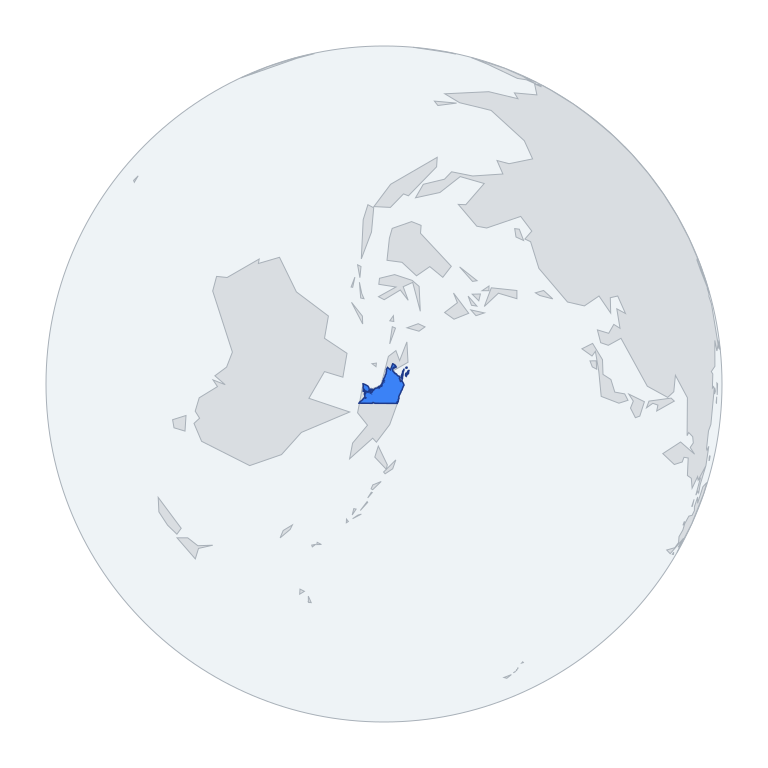 globe centered on Papua, rotated 90°
{"feature_id": "IDN-558", "entity_name": "Papua", "entity_type": "Province", "adm_level": 1, "iso_a3": "IDN", "parent_name": "Indonesia", "parent_adm1": "", "projection": "orthographic", "projection_center": [137.674, -4.867], "detail": "fine", "context": "on_globe", "style": "filled", "palette": "blue", "viewbox_px": 768, "rotation_deg": 90, "n_neighbors": 0, "source": "natural_earth", "source_scale": "10m", "svg_char_len": 11883}
<svg xmlns="http://www.w3.org/2000/svg" viewBox="0 0 768 768"><g transform="rotate(90 384 384)"><circle cx="384" cy="384" r="338" fill="#eef3f6" stroke="#a8b0b8"/><path d="M602.6,456.8L602.5,459.3L602.1,459.6L602.6,456.8ZM552.4,91.0L543.0,86.3L547.4,90.0L538.2,84.4L553.7,97.8L550.0,101.3L547.7,93.2L542.5,89.4L536.7,89.0L530.1,85.2L523.5,83.2L516.1,79.1L515.3,75.9L510.6,73.6L506.7,73.6L496.9,70.3L503.3,70.4L486.8,65.1L482.5,61.2L493.8,64.4L523.8,76.3L552.4,91.0ZM677.5,264.1L674.6,256.6L678.3,261.2L677.5,264.1ZM671.5,252.3L672.8,254.7L671.5,252.7L671.5,252.3ZM669.7,250.9L671.0,251.9L669.7,251.5L669.7,250.9ZM667.4,250.0L668.5,250.1L668.5,250.4L667.4,250.0ZM663.1,246.4L661.8,245.3L662.6,244.6L663.1,246.4ZM552.1,94.3L554.4,94.5L554.4,95.7L552.1,94.3ZM523.9,83.7L525.3,85.1L521.3,83.6L523.9,83.7ZM506.3,76.2L499.3,73.9L506.3,75.6L506.3,76.2ZM495.2,72.2L478.4,67.7L480.2,69.9L465.7,62.1L484.8,67.9L493.0,69.3L491.3,70.1L495.2,72.2ZM460.3,59.1L456.2,57.9L460.4,58.6L460.3,59.1ZM262.2,68.8L265.9,67.4L268.4,66.5L270.3,65.8L266.2,67.8L269.4,66.6L272.0,65.4L280.1,62.5L292.8,58.8L290.6,59.7L285.7,61.1L272.2,66.3L259.6,71.0L260.0,71.1L270.4,67.4L286.9,60.9L295.1,58.5L288.2,60.9L291.4,59.8L294.8,58.9L296.1,59.2L304.1,56.5L344.4,49.9L351.0,51.1L340.4,53.2L366.3,53.1L371.6,56.7L374.0,55.2L388.1,55.6L386.6,54.4L388.9,53.8L424.3,57.1L430.9,59.5L448.9,61.5L450.2,61.0L446.3,59.2L465.7,62.1L480.2,69.9L476.6,70.4L488.2,75.9L478.3,76.7L475.5,80.6L458.0,79.8L457.3,84.0L462.0,85.8L464.5,93.7L453.6,105.2L442.0,87.4L454.2,73.4L447.5,77.8L442.9,74.7L436.7,75.3L432.5,79.3L435.7,80.9L397.7,80.6L375.3,92.6L391.7,94.2L397.4,100.3L386.2,120.7L338.3,147.0L345.3,159.7L342.7,167.3L329.9,170.6L333.3,159.3L324.4,154.2L328.3,148.0L308.8,151.2L313.5,142.5L296.0,150.3L297.7,157.7L313.1,157.3L296.0,169.0L305.9,183.6L302.0,200.5L268.4,229.1L241.7,237.4L239.0,243.1L231.1,236.2L216.4,247.3L228.0,281.3L226.2,291.2L204.4,309.7L204.7,302.2L183.5,283.8L176.6,307.8L192.5,328.1L197.8,352.5L184.3,344.7L179.2,323.5L171.8,316.4L176.0,295.3L174.0,265.1L160.5,271.0L163.7,259.0L158.9,235.4L140.7,243.7L110.4,276.9L102.7,308.4L93.8,323.2L91.7,279.2L98.7,250.1L92.9,253.6L94.9,231.1L84.0,233.4L86.9,226.5L83.8,230.7L85.9,224.9L90.6,216.4L104.1,194.6L119.3,173.9L136.0,154.5L154.1,136.3L173.6,119.6L194.2,104.4L216.0,90.8L238.7,78.9L262.2,68.8ZM82.4,231.6L76.1,245.1L77.5,243.5L84.8,230.4L79.8,241.6L78.4,250.6L64.1,280.7L57.5,296.9L68.2,263.6L82.4,231.6ZM52.9,316.7L54.1,312.2L52.5,320.2L47.3,354.9L52.9,316.7ZM116.2,177.9L116.4,178.0L129.6,161.7L130.7,160.7L134.8,155.9L130.5,160.6L134.0,156.6L116.2,177.9ZM146.3,143.8L147.2,143.0L153.9,136.5L146.3,143.8ZM175.8,629.8L182.3,633.7L180.4,634.4L175.8,629.8ZM58.1,473.4L57.0,468.8L53.6,453.5L58.3,471.1L77.6,526.2L77.9,527.2L66.9,500.7L58.1,473.4ZM277.1,413.1L287.3,415.3L287.0,416.9L277.1,413.1ZM266.5,407.0L277.7,408.1L264.8,410.4L266.5,407.0ZM282.2,408.6L293.7,406.2L298.7,404.0L298.0,407.3L282.2,408.6ZM258.9,406.7L219.7,404.8L204.7,400.1L207.8,394.3L232.0,396.5L258.9,406.7ZM206.6,394.1L184.3,377.4L157.3,330.8L166.8,331.4L195.8,359.6L193.9,364.5L207.4,377.6L206.6,394.1ZM262.3,366.0L260.3,381.0L238.2,378.6L228.4,375.8L221.6,356.4L225.4,346.9L233.3,347.5L266.3,316.7L277.3,325.2L266.6,338.2L275.8,351.5L262.3,366.0ZM103.1,311.4L105.5,330.1L101.1,333.6L103.1,311.4ZM281.4,295.5L266.9,308.4L280.7,290.9L281.4,295.5ZM290.7,279.1L290.7,285.9L286.0,279.0L290.7,279.1ZM237.0,252.0L228.6,253.3L229.2,248.7L240.5,244.4L237.0,252.0ZM298.9,215.2L295.5,228.2L292.8,232.6L290.5,224.4L298.9,215.2ZM308.5,54.6L308.4,54.6L308.5,54.6ZM340.2,50.0L347.6,48.8L348.7,49.1L347.1,49.4L340.2,50.0ZM341.7,49.5L342.9,48.8L349.8,48.0L347.5,48.6L341.7,49.5ZM528.3,586.8L534.2,591.1L525.2,600.4L511.9,609.1L497.4,609.8L528.3,586.8ZM419.7,595.4L415.5,582.0L431.1,583.0L427.8,594.0L419.7,595.4ZM537.8,580.3L545.7,570.2L545.2,555.2L548.4,569.5L558.9,572.7L537.8,591.0L537.8,580.3ZM352.1,535.6L291.0,555.3L276.4,551.4L277.5,540.9L259.0,508.8L263.5,509.6L257.3,488.5L291.9,471.6L316.0,439.6L338.3,443.5L353.3,421.0L377.2,425.1L371.6,443.5L398.3,459.1L412.0,418.3L432.4,466.6L454.6,486.5L465.6,518.3L441.3,566.4L423.4,574.0L418.2,568.4L411.2,572.8L397.8,568.8L386.6,550.5L379.9,555.0L384.7,542.8L375.8,553.1L367.1,541.4L352.1,535.6ZM524.9,475.6L529.4,477.8L537.9,487.9L530.5,484.8L524.9,475.6ZM591.3,463.6L594.2,468.3L589.1,468.0L591.3,463.6ZM602.1,459.6L596.1,459.7L602.6,456.8L602.1,459.6ZM544.3,452.2L546.9,455.7L545.1,456.3L544.3,452.2ZM542.3,450.8L544.5,446.6L544.6,451.3L542.3,450.8ZM519.1,421.5L521.5,419.6L522.8,421.7L519.1,421.5ZM302.3,416.5L316.1,405.6L324.0,405.3L302.3,416.5ZM515.0,415.8L508.6,414.2L509.1,411.9L515.0,415.8ZM515.1,410.1L514.1,406.6L518.7,415.4L515.1,410.1ZM502.4,400.3L510.5,407.7L501.6,400.9L502.4,400.3ZM497.9,400.3L492.2,396.7L492.6,395.7L497.9,400.3ZM438.2,395.3L458.8,418.4L443.1,415.4L425.2,400.5L412.8,410.4L383.7,404.9L389.8,398.5L385.5,387.1L356.4,379.6L350.6,372.1L360.6,368.4L341.9,361.1L362.3,360.0L371.0,375.2L382.6,365.4L403.6,370.7L424.6,378.3L442.2,391.6L438.2,395.3ZM363.1,391.6L366.7,392.0L363.7,396.0L363.1,391.6ZM481.5,386.8L489.7,395.3L488.8,396.9L484.9,395.2L481.5,386.8ZM446.1,389.7L464.8,380.7L469.3,381.7L457.1,393.2L446.1,389.7ZM459.9,372.2L468.8,375.3L473.8,382.9L472.0,384.4L459.9,372.2ZM321.5,374.2L320.8,378.2L315.7,374.6L321.5,374.2ZM328.1,372.5L343.9,378.3L326.7,375.7L328.1,372.5ZM282.4,355.3L286.7,364.8L300.3,359.8L290.0,367.7L299.7,383.8L296.7,389.5L287.0,372.0L284.3,389.2L278.3,388.5L274.6,373.4L280.4,355.8L286.4,348.9L311.3,347.7L282.4,355.3ZM327.8,361.0L323.7,349.8L326.9,343.0L331.2,349.0L327.8,361.0ZM312.5,323.4L302.7,310.6L293.0,314.5L313.3,299.3L319.2,314.0L312.5,323.4ZM305.3,296.5L296.1,299.9L306.1,291.1L305.3,296.5ZM294.2,295.8L294.0,287.6L300.8,289.2L294.2,295.8ZM309.9,297.2L312.9,283.6L315.7,292.0L309.9,297.2ZM293.2,269.6L306.5,283.7L287.8,276.7L290.5,251.1L298.7,251.1L293.2,269.6ZM360.9,178.0L360.8,171.8L369.2,171.3L366.9,175.7L360.9,178.0ZM396.4,166.8L371.4,169.2L351.3,172.6L356.0,176.0L348.8,186.1L343.4,175.4L359.7,165.5L374.4,165.0L379.5,157.1L392.1,153.2L393.9,143.3L400.3,140.0L403.2,149.1L396.4,166.8ZM394.1,139.2L401.7,123.6L416.1,128.2L417.7,132.6L408.1,137.5L401.1,134.7L394.1,139.2ZM407.8,121.5L401.1,119.0L398.1,96.9L401.1,93.7L411.0,111.3L405.1,110.1L403.3,115.2L407.8,121.5ZM455.9,58.5L456.1,57.9L458.7,59.0L455.9,58.5ZM387.7,53.2L391.2,52.6L394.1,53.4L387.7,53.2ZM402.4,51.8L396.7,51.3L403.7,51.5L402.4,51.8ZM383.8,50.4L394.9,50.8L383.0,51.1L383.8,50.4Z" fill="#d9dde1" stroke="#a8b0b8" stroke-width="1"/><path d="M403.4,370.7L403.3,392.7L403.2,392.9L403.3,393.1L403.2,393.3L403.1,393.5L403.0,393.8L403.0,394.0L402.9,394.1L402.6,394.4L402.7,394.6L402.6,394.9L402.8,395.2L402.7,395.3L402.9,395.5L403.0,395.8L403.1,396.0L403.3,396.0L403.2,409.0L402.5,408.7L401.2,407.3L400.5,406.3L399.8,405.6L399.7,405.4L399.3,405.3L399.0,404.9L397.8,403.9L397.5,403.6L397.4,403.3L397.5,403.2L397.9,403.0L397.9,402.2L398.1,402.1L398.3,402.1L398.5,401.8L398.3,402.0L397.9,402.0L397.8,402.8L397.4,403.1L395.4,403.2L394.7,403.5L394.0,403.7L393.6,403.6L393.2,403.3L393.1,403.1L393.2,402.9L393.2,402.6L393.0,402.4L393.3,402.4L393.0,402.2L392.9,402.3L393.0,402.5L393.1,402.9L392.9,403.0L392.3,403.3L391.6,403.8L391.4,404.2L391.2,404.2L390.8,403.4L390.8,403.2L391.3,402.9L391.2,402.7L391.3,401.9L391.7,401.7L391.8,401.0L392.1,400.3L392.3,400.1L392.3,399.9L392.0,399.6L391.4,399.5L391.3,399.1L391.0,398.6L390.2,398.0L389.8,397.7L391.2,397.8L391.4,397.8L391.8,398.0L392.7,398.0L392.8,398.0L393.0,397.6L392.7,397.8L392.1,397.8L391.4,397.5L390.8,397.4L390.4,397.3L389.3,396.2L389.2,396.1L389.3,395.9L389.5,395.9L390.2,396.0L390.6,395.7L391.4,395.7L391.7,395.8L391.9,396.0L392.2,396.3L392.5,396.4L392.9,396.4L392.2,396.1L391.6,395.6L390.8,395.5L390.3,395.1L389.9,394.9L389.8,394.6L390.8,394.9L390.1,394.4L389.6,393.9L388.6,393.1L388.2,392.2L388.2,391.7L388.1,391.2L387.5,390.2L387.7,389.9L388.1,389.8L388.3,389.7L387.8,389.8L387.1,389.7L386.8,389.3L387.4,389.0L388.0,388.8L387.9,388.7L387.4,388.8L386.8,389.1L386.5,389.1L386.4,389.1L386.2,388.3L386.6,387.9L386.3,387.8L386.3,387.2L386.2,387.3L386.1,387.6L385.9,387.6L385.4,387.1L385.4,386.9L385.5,386.7L385.4,386.7L385.1,386.9L384.8,386.9L384.6,386.6L384.8,386.3L384.5,386.4L384.3,386.4L384.1,386.0L383.9,386.1L383.4,385.9L383.5,385.7L383.4,385.5L383.2,385.7L382.8,385.4L382.6,385.4L382.3,385.3L382.1,385.1L382.2,384.9L382.1,385.0L381.8,384.8L381.6,384.9L381.7,384.4L381.4,384.6L381.4,384.8L380.9,384.6L380.7,384.7L380.6,384.1L380.3,384.5L380.1,384.5L379.7,384.3L379.7,384.2L379.9,384.1L379.2,384.4L378.9,384.3L378.9,384.1L378.5,384.1L376.4,382.9L375.7,382.9L374.4,382.4L373.9,381.9L372.9,381.8L372.7,381.8L372.1,381.8L371.7,381.6L371.0,381.5L370.8,381.4L369.9,381.6L369.4,381.6L368.0,380.8L367.9,380.5L367.5,380.4L369.8,377.5L363.8,375.3L363.9,374.9L364.2,374.3L365.0,373.5L365.0,373.1L366.3,372.1L366.5,372.8L366.9,372.9L367.4,372.4L367.4,372.7L367.4,373.1L367.2,373.3L367.2,373.8L367.4,373.9L367.5,374.4L367.7,374.6L367.8,374.6L368.0,374.4L368.0,374.7L368.2,375.0L368.7,375.0L368.9,375.2L369.9,375.2L370.3,375.3L371.2,375.1L371.6,374.7L371.8,374.2L372.7,373.8L372.8,373.6L372.6,373.5L372.7,373.3L373.0,373.3L373.2,373.1L373.5,373.0L373.7,372.8L373.8,372.7L373.7,372.3L373.9,372.0L373.9,371.7L374.1,371.5L374.3,371.3L374.6,371.1L375.3,370.8L375.7,370.4L375.9,369.7L376.2,369.3L376.2,368.8L376.4,368.5L376.7,368.3L377.0,368.3L377.3,368.2L377.3,368.4L377.6,368.5L377.9,368.5L378.2,368.6L378.3,368.5L378.6,368.6L379.2,368.2L379.7,368.1L379.7,367.9L379.9,367.8L381.1,367.7L381.4,367.5L381.2,367.1L381.3,367.0L381.2,366.8L380.6,366.4L380.8,365.9L382.1,365.4L382.9,364.9L383.1,364.7L385.0,364.0L385.5,364.1L386.4,364.8L387.3,365.0L388.0,365.4L389.8,365.9L390.9,366.8L391.5,366.9L392.4,367.2L393.5,367.8L394.1,368.0L394.8,368.5L395.8,368.8L396.4,369.2L396.9,369.3L398.1,369.2L398.3,369.0L398.6,369.1L398.9,369.5L399.7,369.8L399.9,369.7L400.0,369.7L399.8,369.5L400.6,369.7L401.3,369.7L402.1,370.1L402.0,370.5L401.8,370.7L402.0,370.9L402.1,370.7L402.3,370.8L403.4,370.7ZM391.4,399.8L392.2,400.0L391.7,400.8L391.6,401.5L391.1,401.9L391.1,402.5L391.2,402.9L390.8,402.9L390.4,403.3L389.8,403.5L389.4,404.0L388.9,404.3L388.5,404.7L388.1,404.9L387.6,404.9L386.9,404.7L385.0,404.7L384.5,404.8L384.0,405.0L383.8,405.0L383.8,404.8L384.5,402.9L384.7,402.7L384.8,402.4L385.3,401.4L385.7,400.9L385.9,400.3L386.4,399.9L387.3,399.3L388.2,399.0L389.5,398.7L390.1,398.7L390.6,398.8L391.1,399.6L391.4,399.8ZM376.3,361.8L375.9,362.3L375.1,362.5L374.7,362.5L374.3,362.3L374.1,362.2L373.7,362.3L373.2,362.0L373.2,361.5L373.0,361.3L372.7,360.3L372.6,360.2L372.1,360.6L371.1,359.8L371.1,360.1L370.9,360.0L370.6,359.6L370.4,359.1L370.5,359.0L371.2,359.3L371.7,359.3L371.8,359.4L372.2,359.4L372.3,359.6L372.5,359.6L372.8,359.7L373.1,359.5L373.4,359.5L374.5,360.5L374.8,361.0L375.1,361.3L375.3,361.6L375.7,361.5L375.9,361.5L376.0,361.7L376.3,361.8ZM379.1,365.7L379.4,365.9L379.3,366.0L378.4,366.1L377.9,366.4L377.3,366.3L377.4,366.5L377.1,366.4L376.8,366.5L376.1,366.3L375.8,366.4L375.7,366.6L375.4,366.4L375.2,366.3L374.5,366.2L373.5,365.7L373.2,365.7L372.5,365.4L372.3,365.4L372.1,365.3L371.9,365.4L371.7,365.3L371.2,365.3L371.0,365.0L370.9,365.0L370.7,364.8L371.1,364.7L371.7,364.8L373.5,365.0L373.9,364.9L374.3,365.1L374.5,365.0L375.3,365.1L375.5,365.1L375.8,365.2L376.3,365.5L376.8,365.4L377.8,365.6L378.3,365.5L379.1,365.7ZM391.1,404.5L391.2,404.8L390.0,404.8L389.6,404.7L389.2,404.6L389.2,404.3L389.7,403.9L389.8,403.6L390.5,403.4L390.8,403.6L390.8,404.1L391.1,404.5ZM368.2,361.4L368.2,361.7L368.0,362.0L367.8,362.0L367.4,362.0L367.1,361.4L367.2,361.0L367.5,360.9L367.9,361.0L368.0,361.2L367.9,361.5L368.0,361.7L368.1,361.4L368.2,361.4ZM390.2,395.2L390.5,395.6L390.3,395.8L390.1,395.8L389.9,395.7L389.6,395.2L389.6,394.9L389.9,395.2L390.2,395.2ZM369.9,364.0L370.2,364.1L369.9,364.3L369.3,364.3L368.8,364.2L369.6,364.1L369.9,364.0Z" fill="#3b82f6" stroke="#1e3a8a" stroke-width="1.5"/></g></svg>